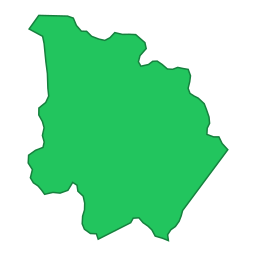 São Ludgero, Santa Catarina, Brazil (orthographic projection)
{"feature_id": "56859067B3541578386981", "entity_name": "São Ludgero", "entity_type": "district", "adm_level": 2, "iso_a3": "BRA", "parent_name": "Brazil", "parent_adm1": "Santa Catarina", "projection": "orthographic", "projection_center": [-49.171, -28.352], "detail": "fine", "context": "isolated", "style": "filled", "palette": "green", "viewbox_px": 256, "rotation_deg": 0, "n_neighbors": 0, "source": "geoboundaries", "source_scale": "gbopen_adm2", "svg_char_len": 1251}
<svg xmlns="http://www.w3.org/2000/svg" viewBox="0 0 256 256"><path d="M67.6,16.1L38.8,15.4L29.1,29.0L34.1,31.7L42.6,36.3L44.1,43.5L45.9,61.9L47.4,73.6L47.9,88.3L48.7,96.1L45.7,102.5L38.9,108.0L38.8,115.0L42.4,121.5L44.1,127.8L42.4,135.5L44.2,142.0L43.0,147.4L35.5,150.3L28.6,155.2L28.2,163.0L32.4,169.6L30.4,177.8L33.4,182.8L37.9,185.8L41.6,190.1L44.6,194.3L52.9,192.4L60.1,193.1L67.9,190.3L72.7,182.4L77.0,185.2L77.9,191.2L83.2,196.2L84.7,203.1L84.5,210.0L82.6,216.2L82.2,223.8L84.4,229.2L90.4,233.5L96.4,233.8L98.2,239.2L130.7,222.7L133.2,218.2L138.9,217.8L143.1,222.7L148.0,226.1L151.9,229.9L155.2,236.1L162.7,238.3L168.4,240.6L167.6,234.7L170.8,229.8L175.4,226.5L179.1,221.3L181.2,215.8L182.6,210.5L227.8,149.7L222.1,143.5L218.9,136.9L213.6,136.9L206.9,134.4L207.2,128.2L209.6,123.3L209.0,117.0L206.4,109.4L204.2,103.7L198.2,98.1L194.0,96.0L190.0,93.4L188.1,88.3L189.7,81.8L190.5,75.8L188.2,69.4L183.0,68.5L177.7,67.4L172.7,69.3L167.4,69.0L162.2,64.5L157.2,61.1L152.7,61.3L148.5,64.5L140.9,66.2L138.4,61.8L140.0,55.6L146.2,48.6L144.9,42.6L140.5,38.8L135.7,34.6L129.2,34.3L122.4,34.4L114.8,32.6L110.0,37.7L104.9,40.4L98.9,39.1L91.6,36.3L86.6,31.3L81.4,31.2L76.4,25.5L73.3,18.1L67.6,16.1Z" fill="#22c55e" stroke="#15803d" stroke-width="1.5"/></svg>